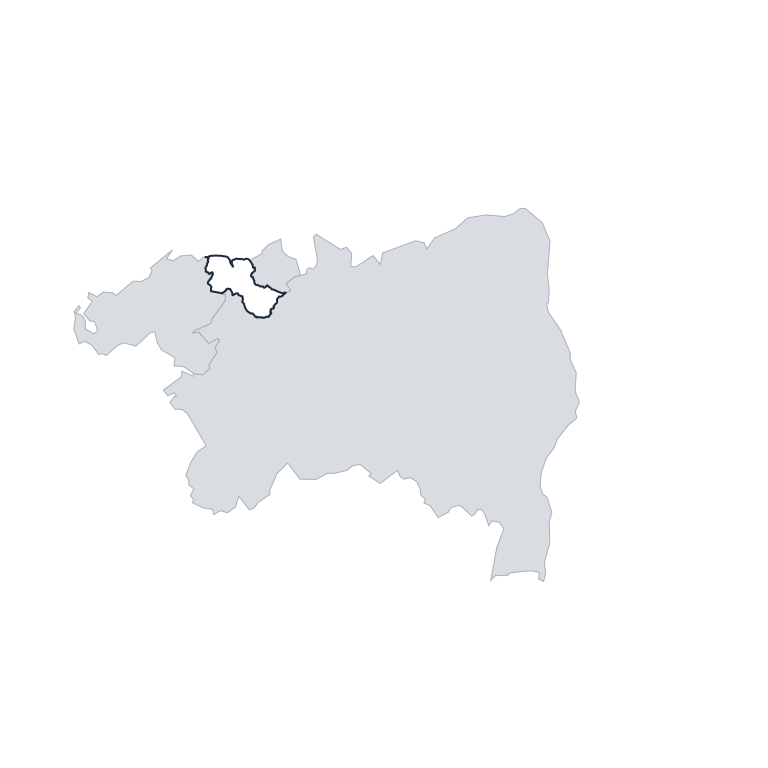 Guyana shown with its bordering countries, rotated 322°
{"feature_id": "GUY", "entity_name": "Guyana", "entity_type": "country or territory", "adm_level": 0, "iso_a3": "GUY", "parent_name": "South America", "parent_adm1": "", "projection": "orthographic", "projection_center": [-58.817, 4.875], "detail": "fine", "context": "with_neighbors", "style": "outline", "palette": "slate", "viewbox_px": 768, "rotation_deg": 322, "n_neighbors": 3, "source": "natural_earth", "source_scale": "50m", "svg_char_len": 6904}
<svg xmlns="http://www.w3.org/2000/svg" viewBox="0 0 768 768"><g transform="rotate(322 384 384)"><path d="M388.2,637.8L385.8,632.6L390.4,628.2L385.1,621.8L367.5,610.6L363.7,610.9L353.7,603.5L347.1,604.6L373.0,581.7L389.2,572.0L389.8,564.0L384.7,558.2L379.4,560.2L383.4,548.2L383.6,542.6L379.8,540.7L375.7,542.4L371.7,542.0L369.8,528.5L367.8,525.4L360.5,522.6L356.1,524.6L344.6,522.7L345.4,508.3L342.2,502.4L345.6,500.2L344.6,494.1L347.7,489.4L349.7,480.9L347.1,474.1L341.0,471.1L339.8,466.8L341.5,460.4L319.8,460.0L315.4,447.1L318.7,447.0L315.7,432.5L309.0,429.2L301.8,429.2L289.3,423.7L284.7,419.5L271.9,417.5L259.2,407.3L259.5,386.9L244.5,388.7L228.7,397.3L226.2,400.7L211.9,399.8L205.6,401.6L200.4,400.2L200.5,383.0L191.4,389.5L181.4,389.0L176.9,382.9L169.4,382.1L171.6,377.2L165.1,370.1L160.0,359.7L162.9,357.6L162.7,352.8L169.5,349.6L168.2,343.3L170.9,339.3L171.6,334.0L184.5,326.3L195.4,322.5L205.8,323.3L210.9,286.3L209.1,279.6L203.9,275.2L204.0,266.7L210.5,264.9L212.8,266.1L213.2,261.6L206.4,260.3L206.3,252.9L228.9,253.5L232.8,249.5L238.2,260.3L240.4,258.8L246.8,265.1L255.9,264.5L258.2,260.9L271.7,256.3L273.1,251.4L281.5,248.1L280.9,245.6L270.9,244.5L269.9,229.2L264.7,226.1L266.9,225.1L284.8,229.6L288.2,226.9L309.8,220.7L314.1,216.3L312.5,212.9L318.6,212.4L321.3,215.2L319.8,220.3L323.8,222.1L326.5,227.6L323.3,231.7L321.4,241.7L325.2,253.1L332.5,258.7L338.2,259.2L339.5,256.9L348.6,254.4L352.4,251.2L368.2,252.7L368.4,244.6L378.7,244.4L390.6,249.2L394.2,246.0L396.8,246.5L398.4,249.8L404.0,248.9L408.5,244.4L418.8,224.8L422.8,224.2L432.4,251.2L438.6,253.1L439.0,261.2L430.2,270.9L433.9,274.4L454.4,276.0L454.8,287.7L463.6,279.9L497.1,290.6L502.6,297.4L500.7,303.9L513.9,300.0L535.8,305.6L552.5,304.7L568.7,313.8L582.3,326.4L590.6,329.5L599.8,329.6L603.6,333.1L608.0,354.6L602.7,373.7L580.5,397.8L572.7,410.8L564.0,420.8L561.3,421.1L557.6,429.4L556.4,450.2L549.8,474.4L546.0,478.8L542.5,493.3L530.1,507.5L527.0,518.5L518.0,523.3L514.8,529.6L503.5,529.9L486.6,534.2L478.7,539.0L466.6,542.2L453.5,550.6L443.7,560.9L441.5,568.4L442.7,573.9L437.0,588.8L429.4,594.3L416.7,611.4L400.2,623.6L395.0,632.5L388.2,637.8Z" fill="#d9dde1" stroke="#a8b0b8" stroke-width="1"/><path d="M304.6,204.0L314.1,216.3L309.8,220.7L288.2,226.9L284.8,229.6L266.9,225.1L264.7,226.1L269.9,229.2L270.9,244.5L280.9,245.6L281.5,248.1L273.1,251.4L271.7,256.3L258.2,260.9L255.9,264.5L246.8,265.1L240.4,258.8L236.9,247.1L229.7,240.3L235.6,234.5L229.7,220.5L230.7,212.0L235.6,201.8L231.5,199.7L211.9,201.4L204.1,191.2L197.4,189.5L182.7,190.4L180.2,186.2L177.4,185.2L177.8,173.7L174.2,165.6L168.4,164.7L173.5,149.6L181.5,142.0L184.6,136.2L191.9,134.4L191.5,137.2L184.8,138.4L188.2,143.8L187.8,149.9L182.6,156.6L186.5,166.0L191.4,165.3L194.3,156.9L190.9,152.7L190.7,143.8L205.0,139.3L203.6,133.8L207.7,130.2L211.5,138.5L219.4,138.8L226.6,145.4L226.9,149.3L249.5,148.5L255.9,153.8L264.7,155.3L271.2,151.7L271.4,148.8L299.6,148.1L289.7,151.5L293.6,157.0L302.8,158.0L311.6,163.8L313.4,173.2L319.5,172.9L324.0,175.7L314.8,182.6L313.7,186.9L317.7,191.3L307.6,195.3L307.8,200.8L304.6,204.0Z" fill="#d9dde1" stroke="#a8b0b8" stroke-width="1"/><path d="M385.4,246.8L378.7,244.4L368.4,244.6L368.2,252.7L361.8,251.8L354.6,241.6L353.0,234.9L349.3,234.9L344.1,226.4L345.6,217.5L352.7,214.4L354.5,203.9L368.6,206.2L369.8,204.0L379.2,203.1L391.8,206.2L385.8,216.4L386.8,224.4L391.4,231.4L385.4,246.8Z" fill="#d9dde1" stroke="#a8b0b8" stroke-width="1"/><path d="M312.4,212.9L309.9,210.1L307.5,207.3L305.0,204.6L304.9,204.2L305.9,202.9L306.8,202.0L307.6,201.5L307.9,201.0L307.7,199.0L307.7,198.3L307.3,197.5L307.1,196.6L307.4,195.9L307.8,195.3L308.2,195.1L309.4,195.0L310.2,194.9L310.5,194.6L310.9,194.3L311.6,194.2L312.8,194.5L313.3,194.0L314.3,193.4L316.5,192.4L317.0,191.7L317.4,190.7L317.4,190.2L317.1,190.0L316.6,189.8L315.7,189.8L315.1,190.1L314.4,189.9L313.8,189.3L313.7,188.7L314.1,188.0L313.9,187.5L312.8,185.9L312.8,185.5L313.6,184.7L314.1,184.1L314.7,182.7L315.2,182.2L316.7,182.0L317.1,181.7L317.9,181.0L319.1,180.1L320.8,179.4L321.3,178.1L321.6,177.8L323.0,177.1L323.2,176.7L323.2,176.4L321.0,173.6L321.4,173.8L323.1,175.6L324.0,176.0L324.2,175.6L325.1,175.8L327.3,177.0L330.5,179.2L335.0,183.1L336.3,184.7L337.2,185.4L338.6,187.1L338.9,188.0L338.9,191.3L337.7,193.6L337.4,195.4L337.4,197.6L336.7,199.0L337.6,198.2L337.9,196.2L338.7,194.9L339.7,193.5L341.0,193.2L342.5,193.8L343.7,193.9L344.7,194.3L347.0,196.5L349.1,198.2L349.9,199.6L352.2,200.3L353.6,201.4L354.0,202.4L354.3,204.9L353.9,208.7L354.0,208.9L353.4,209.6L353.3,210.1L352.9,210.9L352.5,211.4L353.0,212.4L353.5,212.5L353.9,212.8L353.8,213.0L353.6,213.2L353.1,213.5L352.7,214.1L352.7,214.7L352.4,215.1L351.5,215.3L349.6,215.3L348.7,215.3L348.0,215.4L347.5,215.9L346.9,216.2L346.4,216.2L346.0,216.7L345.5,217.4L345.7,217.9L346.1,218.6L346.4,219.2L346.0,220.3L345.7,221.1L345.5,221.8L345.2,223.0L344.4,224.3L343.9,225.1L343.9,225.9L344.2,227.1L345.7,228.8L346.1,229.6L346.5,230.9L347.9,231.9L348.7,232.8L348.6,233.9L348.7,234.2L349.3,234.5L349.9,234.7L350.6,234.7L351.2,234.6L351.3,234.4L352.8,234.4L352.9,234.7L353.0,236.3L353.1,236.9L353.4,237.2L353.6,237.6L353.6,237.9L353.7,238.8L353.9,239.3L353.9,240.2L354.0,240.6L354.4,240.8L354.9,241.5L355.1,241.6L355.2,241.8L355.6,242.8L355.9,243.1L356.0,243.1L356.1,243.4L356.4,244.3L356.6,244.6L357.0,245.2L357.2,246.0L357.7,246.8L358.2,247.3L358.5,247.9L359.2,249.2L359.8,250.2L360.7,250.4L361.5,250.5L362.0,250.9L362.4,251.3L361.9,251.4L361.5,251.7L360.9,251.5L360.0,251.6L359.1,251.9L358.3,252.0L356.7,251.6L356.2,251.5L355.9,251.4L355.3,250.5L355.0,250.4L354.1,250.8L353.1,251.1L352.6,251.0L352.0,251.3L351.5,251.7L350.5,253.3L349.9,253.8L349.4,254.1L348.2,254.1L347.0,254.2L346.1,254.5L345.2,254.7L344.8,254.8L344.7,255.6L344.5,256.0L344.2,256.3L343.5,256.3L342.9,256.3L342.6,255.9L341.9,255.8L341.3,255.6L340.9,255.4L340.6,255.5L340.3,255.8L340.1,256.2L339.9,256.7L339.0,256.9L338.6,257.2L338.9,258.3L338.8,258.7L338.6,259.0L337.5,259.1L336.5,259.1L336.0,259.5L335.3,259.9L334.9,260.0L334.4,260.0L333.8,259.5L333.2,258.8L331.6,258.4L330.1,258.0L329.1,256.9L328.9,256.4L328.4,256.2L327.2,255.0L326.5,254.2L325.8,253.9L325.0,253.6L325.0,253.0L325.0,252.5L324.6,252.3L324.1,252.1L323.9,251.8L324.0,251.1L324.1,249.2L323.9,247.4L322.8,246.8L322.4,246.4L321.5,243.7L321.1,242.5L321.1,241.6L321.4,239.0L321.7,237.8L322.6,235.5L323.1,234.8L323.1,234.2L323.0,233.4L322.8,232.0L324.2,231.0L324.9,230.6L325.0,230.0L325.7,229.2L326.1,228.5L326.4,227.9L326.3,227.6L325.9,227.4L325.5,226.8L324.7,225.2L324.4,224.9L324.2,224.4L324.3,223.7L324.6,222.9L324.6,222.6L324.1,222.2L323.1,221.5L322.2,221.4L321.5,221.2L320.6,221.2L319.8,221.1L319.4,220.8L319.4,220.4L319.6,220.1L320.3,219.2L320.7,218.4L320.8,217.5L320.9,216.4L321.1,215.4L321.2,214.3L320.2,213.6L319.9,213.0L319.4,212.5L319.0,212.5L318.3,212.3L317.2,213.0L316.3,212.8L315.7,213.1L314.4,213.0L313.5,212.7L312.4,212.9Z" fill="none" stroke="#1e293b" stroke-width="2"/></g></svg>